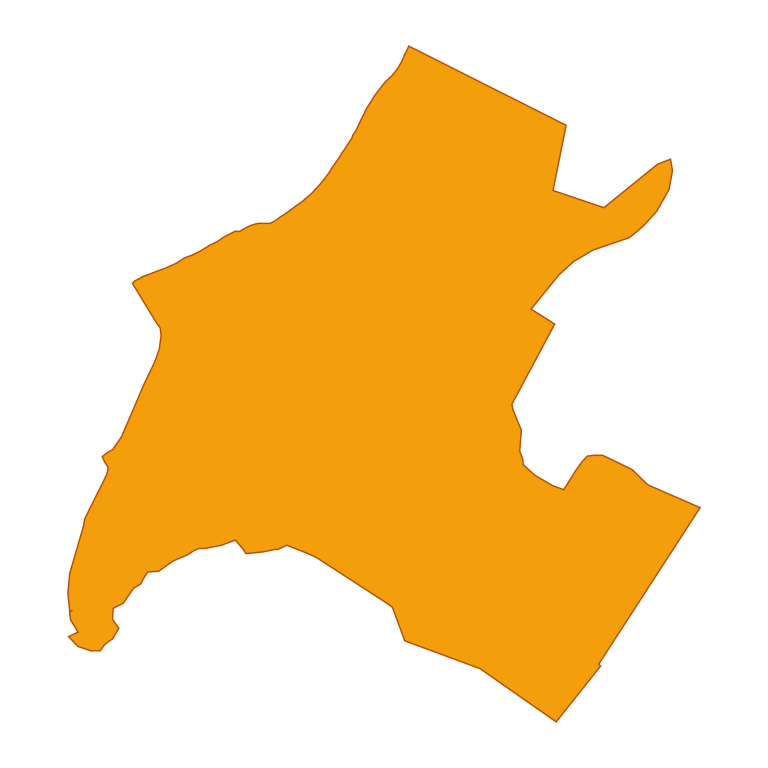 the district of Vide Bouteille, Castries, Saint Lucia
{"feature_id": "8701671B48766638933033", "entity_name": "Vide Bouteille", "entity_type": "district", "adm_level": 2, "iso_a3": "LCA", "parent_name": "Saint Lucia", "parent_adm1": "Castries", "projection": "mercator", "projection_center": [-60.981, 14.025], "detail": "fine", "context": "isolated", "style": "filled", "palette": "amber", "viewbox_px": 768, "rotation_deg": 0, "n_neighbors": 0, "source": "geoboundaries", "source_scale": "gbopen_adm2", "svg_char_len": 3002}
<svg xmlns="http://www.w3.org/2000/svg" viewBox="0 0 768 768"><path d="M554.7,324.1L543.1,316.7L531.0,309.1L544.1,293.1L559.1,274.7L571.0,263.9L574.1,261.1L582.0,256.6L592.5,250.2L629.4,237.6L632.5,235.1L637.3,231.2L643.5,225.6L645.2,224.0L647.4,221.6L656.7,211.3L669.0,189.6L671.5,176.0L672.5,170.5L672.3,169.4L670.5,159.2L657.5,164.2L654.6,166.6L603.9,207.7L553.0,190.5L566.1,125.3L408.8,46.1L407.6,48.8L404.9,54.2L402.5,59.6L401.0,62.9L400.3,63.9L398.5,67.0L397.1,69.4L395.9,70.8L393.7,73.5L391.9,75.7L390.7,76.9L387.8,79.6L385.2,82.0L381.8,86.3L379.3,89.5L377.1,92.4L374.5,95.7L372.7,98.7L371.1,101.3L368.5,105.5L366.7,108.2L364.6,112.7L363.1,115.8L361.0,119.8L359.6,122.7L358.0,126.0L357.2,128.1L356.1,130.3L355.0,132.3L353.8,133.7L352.8,135.2L352.0,137.8L350.3,140.5L349.3,142.1L348.0,143.9L347.5,144.8L346.2,146.8L345.1,148.5L344.7,149.3L342.5,152.0L340.7,155.3L339.9,156.4L338.9,157.9L337.9,159.4L337.3,160.4L335.5,162.9L332.9,166.5L331.1,169.1L330.4,170.6L329.8,171.6L329.1,172.5L327.0,175.4L324.7,178.4L322.9,180.7L320.7,183.5L319.5,184.9L318.6,186.0L317.6,186.9L316.3,188.4L314.7,189.9L313.4,191.6L310.3,194.6L305.7,198.5L302.8,201.0L302.0,201.7L300.5,202.7L298.8,204.0L295.8,206.0L291.8,209.1L287.3,212.4L281.9,216.0L278.8,218.0L277.8,219.0L272.9,222.1L269.8,223.4L263.4,223.4L259.4,223.3L256.5,223.7L250.6,225.5L245.4,228.0L242.2,230.0L239.2,231.5L235.2,231.2L231.0,233.4L224.4,236.7L217.2,241.6L210.4,244.8L207.1,247.0L199.6,251.4L192.1,255.1L184.3,258.0L181.6,259.9L176.5,263.1L172.6,264.9L166.8,267.5L155.3,271.9L149.6,274.1L142.9,276.5L138.2,279.2L134.6,281.0L132.4,283.3L155.8,321.8L160.2,328.1L161.1,335.4L159.3,349.0L154.9,361.6L144.4,383.4L121.5,436.8L112.7,449.5L106.6,453.1L102.2,456.7L104.8,462.2L108.3,467.6L106.6,474.8L84.6,519.2L83.7,525.5L69.7,573.5L67.9,593.5L69.7,610.7L71.4,610.8L69.5,612.3L70.6,620.0L78.1,632.1L68.5,636.6L78.1,646.5L79.0,646.8L81.5,647.6L90.9,650.9L97.4,650.6L100.1,651.0L100.7,650.1L103.7,645.9L105.5,643.9L107.9,642.1L111.6,639.5L112.7,638.7L118.8,628.3L112.6,619.4L112.7,617.6L113.1,608.5L118.0,605.8L123.1,603.4L127.7,596.7L128.5,595.6L133.6,588.3L140.8,583.8L143.3,578.8L147.7,572.0L158.7,571.2L167.5,565.0L173.1,561.0L185.5,555.7L187.7,554.7L194.6,550.2L198.9,548.5L205.2,548.5L211.5,547.2L221.5,545.2L235.3,540.1L241.2,546.9L241.9,547.7L242.7,548.5L245.9,553.6L263.0,551.9L274.2,549.6L275.3,549.4L277.9,549.4L286.7,545.2L303.8,551.9L309.4,554.3L313.7,556.1L316.4,557.6L317.9,558.5L383.6,601.1L391.4,606.5L392.4,607.2L404.8,640.9L406.0,641.3L438.8,653.4L480.1,668.7L556.2,721.9L600.6,666.0L598.6,664.3L700.1,507.7L651.8,486.6L650.5,486.1L647.7,484.7L640.7,478.0L632.2,469.6L603.5,455.7L602.5,455.3L593.9,455.3L587.4,456.1L582.2,461.5L576.3,469.8L575.0,471.7L571.1,478.0L563.7,489.7L553.4,485.9L552.3,485.5L538.8,477.6L535.2,475.5L528.4,469.4L523.0,464.5L523.0,461.2L522.4,458.4L519.7,451.1L519.9,448.5L520.1,446.3L520.2,444.3L521.4,430.1L519.9,426.7L513.0,409.8L511.9,404.2L554.7,324.1Z" fill="#f59e0b" stroke="#b45309" stroke-width="1.5"/></svg>